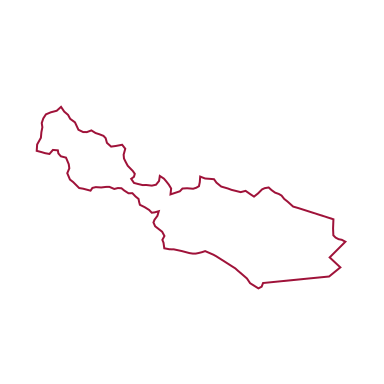 Japira, Paraná, Brazil (orthographic projection), rotated 315°
{"feature_id": "56859067B85982905121140", "entity_name": "Japira", "entity_type": "district", "adm_level": 2, "iso_a3": "BRA", "parent_name": "Brazil", "parent_adm1": "Paraná", "projection": "orthographic", "projection_center": [-50.179, -23.711], "detail": "fine", "context": "isolated", "style": "outline", "palette": "rose", "viewbox_px": 384, "rotation_deg": 315, "n_neighbors": 0, "source": "geoboundaries", "source_scale": "gbopen_adm2", "svg_char_len": 2037}
<svg xmlns="http://www.w3.org/2000/svg" viewBox="0 0 384 384"><g transform="rotate(315 192 192)"><path d="M159.6,39.2L153.8,38.9L148.5,35.8L143.6,33.8L138.9,34.8L134.5,37.0L132.0,40.4L127.8,43.2L123.5,46.8L116.1,48.9L111.3,53.1L113.7,57.2L115.6,60.7L118.1,64.3L123.4,63.9L126.6,67.7L124.8,70.2L124.5,74.0L127.2,78.6L124.5,85.2L122.0,88.5L117.1,90.5L114.5,96.9L115.0,100.9L115.0,105.3L115.0,109.4L117.3,112.6L121.2,119.3L124.5,118.7L127.4,120.5L131.0,124.6L134.7,127.5L137.2,129.9L139.2,134.9L142.4,136.8L144.8,139.5L145.1,142.9L146.2,148.0L149.0,150.7L148.9,155.2L149.3,159.1L147.6,161.6L146.1,164.2L147.8,169.2L149.0,174.4L148.9,178.2L151.2,180.0L154.9,182.1L150.7,184.4L145.9,185.1L143.2,186.3L141.7,190.2L142.8,199.0L141.4,203.6L137.2,204.9L136.0,207.7L132.6,212.2L135.6,216.6L138.6,219.7L143.0,226.5L147.0,233.4L149.0,236.1L151.1,238.2L153.5,239.8L156.5,241.6L159.5,243.1L162.8,251.5L163.7,254.6L167.8,273.1L168.6,276.6L168.8,280.5L169.2,285.1L169.7,292.0L168.6,297.6L170.8,307.1L174.3,308.2L177.9,306.6L214.6,336.7L229.2,348.7L243.6,350.2L243.1,335.6L265.3,335.6L264.1,331.7L262.3,329.0L261.3,325.8L261.3,322.6L266.0,317.5L272.7,311.3L256.0,278.9L253.2,273.8L252.8,266.3L252.3,262.1L252.8,257.8L252.0,254.8L250.3,251.2L249.6,247.0L249.4,243.0L246.1,240.7L243.4,239.7L237.7,239.7L232.6,239.1L231.7,234.8L230.7,229.1L226.3,226.5L223.8,222.3L221.5,218.5L219.8,214.8L216.5,208.8L215.9,202.7L216.6,198.5L213.9,195.3L210.8,191.7L208.7,186.9L204.4,190.6L201.0,192.8L198.0,192.0L195.1,190.5L191.2,185.9L187.7,182.8L183.9,182.9L175.1,178.5L179.7,174.8L180.8,170.4L181.3,166.3L181.6,162.7L180.6,157.9L176.5,160.9L171.7,161.4L168.1,159.1L164.7,154.8L161.9,152.1L159.4,148.0L157.4,144.6L158.3,139.7L161.7,140.2L164.4,138.7L165.0,135.3L165.1,128.0L166.4,123.7L167.6,120.2L170.0,117.3L175.4,114.2L176.0,109.2L170.7,105.6L166.9,102.7L166.6,97.1L169.0,92.9L169.1,89.7L167.3,85.6L165.5,82.1L164.4,77.3L160.0,75.3L157.4,72.6L155.7,67.7L158.5,60.0L157.6,54.1L158.9,49.8L158.5,44.8L159.6,39.2Z" fill="none" stroke="#9f1239" stroke-width="2"/></g></svg>